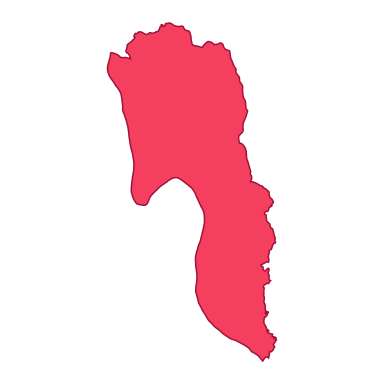 Song Lo, Vĩnh Phúc, Vietnam
{"feature_id": "81297802B72352297629850", "entity_name": "Song Lo", "entity_type": "district", "adm_level": 2, "iso_a3": "VNM", "parent_name": "Vietnam", "parent_adm1": "Vĩnh Phúc", "projection": "equal_earth", "projection_center": [105.409, 21.426], "detail": "fine", "context": "isolated", "style": "filled", "palette": "rose", "viewbox_px": 384, "rotation_deg": 0, "n_neighbors": 0, "source": "geoboundaries", "source_scale": "gbopen_adm2", "svg_char_len": 5971}
<svg xmlns="http://www.w3.org/2000/svg" viewBox="0 0 384 384"><path d="M236.1,69.1L234.4,66.7L233.1,64.0L232.7,62.6L231.0,59.0L230.3,55.9L230.0,53.0L229.7,51.3L229.5,50.8L229.0,50.5L228.3,50.4L226.1,49.6L225.4,49.3L224.9,48.9L224.0,47.7L223.7,46.9L222.9,44.4L221.6,43.2L220.2,43.0L219.6,43.1L217.8,44.2L217.4,44.3L216.9,44.2L215.2,44.4L214.3,44.8L214.0,44.6L212.9,43.3L212.2,42.7L209.3,41.6L208.7,41.5L208.0,41.6L207.4,41.9L205.2,43.6L203.2,45.9L202.4,47.3L201.9,47.4L201.2,47.3L198.2,46.3L195.5,45.9L194.1,45.5L192.8,45.0L192.2,44.4L191.7,42.5L191.4,40.7L191.1,39.8L191.0,36.7L190.7,35.8L190.5,34.5L190.0,33.0L189.3,31.4L188.9,31.1L185.9,30.3L184.6,29.4L183.1,26.6L182.4,26.1L181.9,26.0L180.5,26.4L177.9,26.5L175.6,26.1L174.4,25.7L173.4,25.1L171.2,23.5L170.4,23.2L168.2,23.0L166.8,23.7L165.9,23.4L165.4,24.0L165.0,24.9L165.1,25.7L164.8,25.8L164.1,25.9L163.3,26.5L162.9,26.2L162.7,25.1L161.8,24.6L161.5,24.6L161.3,24.8L161.8,25.4L161.7,25.6L160.4,26.4L160.0,27.3L159.0,29.9L158.2,31.2L157.6,31.6L156.1,31.8L154.8,32.7L152.6,33.2L151.7,33.2L151.0,32.8L149.5,32.8L147.9,34.1L146.5,34.4L145.5,34.3L144.7,34.0L143.4,33.1L141.0,31.9L140.5,31.8L138.3,32.1L137.0,33.5L136.3,33.6L135.5,33.4L135.2,33.6L134.9,33.9L134.2,35.4L133.9,36.4L135.1,37.7L131.3,41.6L127.4,44.6L126.8,48.5L126.3,49.8L125.9,50.4L126.0,51.3L126.2,52.1L126.6,52.6L128.3,53.7L129.1,54.7L129.8,56.4L130.5,58.8L129.6,58.8L128.3,58.1L127.3,57.9L126.1,57.5L122.8,57.6L120.9,57.5L120.3,57.1L118.3,55.2L116.2,54.1L111.9,52.6L110.6,53.0L110.2,57.0L108.3,63.5L107.9,65.3L107.6,66.7L107.5,69.1L107.6,70.6L108.0,72.2L108.7,74.1L109.4,75.8L111.2,78.9L113.5,81.9L116.0,86.0L117.7,87.9L119.5,90.8L120.8,93.3L121.2,94.9L121.9,99.2L122.5,104.1L122.8,107.2L122.6,109.1L122.8,110.3L123.1,111.8L124.6,115.4L126.3,120.6L127.8,126.5L128.3,129.5L128.8,133.4L128.8,133.9L129.1,136.7L130.0,142.9L130.4,145.3L132.0,152.0L132.5,153.4L133.7,161.0L133.9,162.8L133.8,169.6L132.5,177.3L132.1,180.7L131.6,184.3L131.3,188.7L131.3,191.3L131.5,192.8L132.0,193.8L132.2,195.4L133.7,199.3L134.6,200.9L135.4,202.1L136.7,203.7L139.4,204.6L143.7,205.3L145.0,205.2L146.5,204.5L147.4,203.4L148.1,201.9L150.0,197.4L151.1,195.6L152.7,193.9L159.3,187.3L162.0,185.2L166.6,182.1L168.4,180.6L172.9,178.0L175.4,177.6L177.5,177.7L179.3,178.6L181.2,179.7L187.1,184.2L191.8,188.1L194.2,191.5L195.3,193.6L195.7,194.9L201.4,207.2L202.8,209.6L203.5,211.4L204.3,214.9L204.5,220.8L204.4,223.1L203.2,229.2L200.2,241.4L198.4,245.7L197.4,249.6L196.5,252.4L195.8,255.7L195.4,258.3L195.7,264.4L195.9,267.0L196.5,271.2L196.8,272.6L197.0,277.1L196.8,281.1L196.1,285.4L195.7,289.6L195.7,291.4L196.0,292.8L197.2,297.0L198.5,302.3L199.2,304.1L200.6,306.6L201.1,307.4L202.1,309.9L205.8,315.6L207.8,319.2L209.0,320.9L210.7,322.5L214.1,326.1L215.7,327.6L220.3,331.0L223.0,333.7L229.7,338.2L232.0,339.4L233.2,339.5L235.2,340.2L239.9,342.6L244.3,345.0L246.9,346.6L248.6,348.0L249.9,349.3L251.6,351.7L254.4,353.1L258.0,355.5L262.7,361.0L264.4,358.4L265.3,357.5L266.6,356.9L267.1,356.9L267.6,357.1L268.5,358.1L268.6,357.9L269.4,354.5L269.4,352.7L269.7,352.1L269.7,351.5L270.4,351.7L271.4,351.7L273.1,350.0L273.4,349.3L273.9,347.9L274.3,347.3L274.7,347.1L274.0,345.6L273.5,345.0L273.3,344.5L274.4,343.1L276.5,339.9L275.1,338.9L273.8,338.6L273.9,337.8L275.9,338.7L276.1,337.9L274.1,336.8L272.2,336.5L272.6,334.1L271.0,333.9L269.3,333.1L268.3,333.2L267.2,331.8L268.4,331.2L268.8,330.8L268.7,330.4L268.1,329.9L267.0,330.0L266.9,329.3L266.0,326.8L264.2,323.7L263.8,322.2L263.8,321.5L264.1,319.2L264.7,317.0L265.7,316.8L266.6,315.8L267.2,314.9L267.6,313.5L267.8,313.0L268.3,312.5L268.4,312.3L268.2,312.0L266.9,311.5L266.7,311.7L266.9,312.5L266.9,313.3L266.6,313.7L266.2,313.9L265.6,313.7L265.3,313.2L265.7,311.9L265.7,311.0L265.2,308.9L265.2,306.6L265.0,304.6L264.8,303.9L264.2,303.0L263.9,301.8L264.3,298.2L264.3,297.0L263.7,295.8L263.6,295.1L263.9,294.3L263.8,292.8L263.9,289.2L264.2,288.6L264.3,288.4L264.1,287.8L263.5,287.2L263.4,286.6L263.7,285.7L264.3,285.1L265.0,284.5L266.5,283.8L266.9,283.3L267.4,283.3L268.5,283.6L269.8,281.4L270.5,280.6L270.0,280.5L269.5,280.1L269.1,279.3L269.0,277.4L269.2,276.2L269.1,275.1L268.3,273.7L268.2,273.2L268.3,272.4L268.9,270.4L269.1,269.4L268.9,268.9L268.7,268.5L268.1,268.3L267.1,269.0L265.5,270.7L264.7,271.0L264.0,270.7L263.4,269.9L263.2,269.4L262.9,266.8L262.7,266.6L261.8,266.4L260.9,265.4L261.0,264.8L261.5,264.5L262.3,264.3L264.8,262.9L266.3,262.2L267.0,261.7L267.7,261.8L268.2,262.2L268.5,262.0L268.8,261.2L268.9,259.9L268.8,259.2L268.5,258.1L268.4,257.3L268.4,255.9L269.2,252.8L269.4,250.3L270.5,249.7L271.4,249.3L272.7,245.2L273.4,243.8L273.7,243.4L274.7,243.3L275.4,242.9L275.6,242.4L275.5,242.1L274.8,241.3L275.2,238.7L275.0,237.2L274.4,236.0L273.4,231.7L272.5,228.8L271.8,228.3L271.0,228.3L270.3,226.3L269.9,225.6L269.9,224.8L269.7,223.9L266.9,221.3L266.7,220.9L266.6,219.3L266.1,217.6L266.2,215.1L264.5,214.1L264.4,213.8L264.8,212.6L265.5,211.6L265.8,211.4L267.6,211.4L267.9,211.2L268.6,209.8L268.8,208.5L268.6,208.1L271.8,205.9L271.2,205.6L271.0,205.2L271.1,204.9L272.6,203.7L273.2,202.6L273.4,201.6L273.1,201.4L272.3,199.7L271.7,198.9L270.4,197.9L270.0,197.4L269.2,195.2L269.1,194.3L269.2,193.2L269.0,191.9L266.8,189.9L265.1,188.5L264.1,188.1L262.3,186.1L261.4,185.8L260.2,185.6L258.1,184.2L256.2,183.2L253.2,182.0L252.3,181.8L250.6,181.8L250.4,181.5L250.5,181.2L251.3,180.1L251.7,178.6L251.6,176.2L250.4,174.4L250.7,171.2L250.6,170.9L249.7,168.4L248.0,162.0L246.8,159.0L246.4,155.2L246.3,152.5L246.1,150.8L245.5,148.8L244.9,147.3L242.8,144.6L241.6,143.7L240.2,143.1L239.5,143.1L238.9,140.3L238.6,138.3L238.7,136.5L239.1,135.7L240.1,134.6L242.6,132.0L242.9,131.4L243.2,129.1L242.9,127.6L242.9,126.3L243.1,124.1L243.6,122.3L246.3,115.7L246.7,114.0L247.6,110.9L246.2,108.9L245.9,108.0L245.5,102.1L245.3,100.9L243.6,97.8L243.0,95.3L242.5,90.7L242.6,88.6L242.6,86.1L242.2,85.1L240.0,81.9L239.7,81.3L239.6,80.5L239.5,78.5L239.3,77.1L236.5,73.5L236.0,72.5L235.9,71.0L236.1,69.1Z" fill="#f43f5e" stroke="#9f1239" stroke-width="1.5"/></svg>